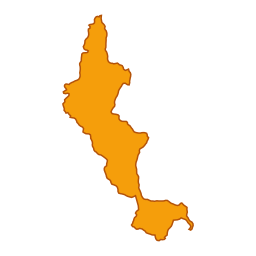 the district of Couto de Magalhães de Minas, Minas Gerais, Brazil
{"feature_id": "56859067B29184273351224", "entity_name": "Couto de Magalhães de Minas", "entity_type": "district", "adm_level": 2, "iso_a3": "BRA", "parent_name": "Brazil", "parent_adm1": "Minas Gerais", "projection": "mercator", "projection_center": [-43.424, -18.078], "detail": "fine", "context": "isolated", "style": "filled", "palette": "amber", "viewbox_px": 256, "rotation_deg": 0, "n_neighbors": 0, "source": "geoboundaries", "source_scale": "gbopen_adm2", "svg_char_len": 4736}
<svg xmlns="http://www.w3.org/2000/svg" viewBox="0 0 256 256"><path d="M128.5,69.1L127.0,69.8L125.3,70.4L123.6,69.2L123.2,67.4L122.2,65.7L120.8,65.1L119.4,64.8L118.4,63.8L117.4,63.1L115.5,63.5L113.7,63.8L112.4,63.3L111.1,63.3L109.7,62.7L108.5,61.7L107.7,60.0L107.5,58.2L107.7,56.7L107.5,55.1L107.1,53.5L106.5,51.8L105.5,50.5L105.2,49.0L105.8,47.6L105.9,45.6L105.9,43.6L106.0,41.9L106.1,40.2L106.1,37.9L106.8,35.9L106.9,33.9L106.7,32.5L106.2,30.9L105.2,29.7L104.6,28.3L105.1,26.5L104.4,25.1L103.2,23.7L101.9,22.5L101.5,20.6L101.1,18.3L101.4,15.4L99.9,15.7L99.1,16.9L97.9,16.4L96.3,16.7L95.0,18.2L94.4,19.8L94.6,21.1L94.4,23.0L93.2,23.9L91.7,24.3L90.0,24.5L88.9,25.2L90.1,26.6L90.0,28.1L88.4,29.1L88.3,30.9L88.6,32.6L88.7,34.6L88.3,36.4L87.3,37.9L86.0,39.1L85.0,40.6L84.9,42.3L84.7,43.6L84.2,45.0L83.3,46.7L84.1,48.9L85.4,49.9L86.9,50.1L88.3,50.9L87.6,52.4L86.2,52.7L84.7,52.8L83.1,52.9L81.8,54.1L81.7,55.5L81.4,57.7L81.3,59.5L81.3,60.9L80.6,62.0L79.7,63.4L79.7,64.8L80.2,66.7L80.3,69.1L80.1,71.0L79.8,72.8L80.1,74.7L80.1,76.3L79.6,77.9L78.7,79.3L77.2,80.2L75.1,80.9L73.3,81.9L71.8,82.5L70.1,83.4L69.1,84.5L67.6,84.2L66.0,84.0L64.9,84.7L64.4,86.0L65.0,87.5L66.0,88.5L66.6,89.8L64.9,90.8L63.3,91.9L63.7,93.2L65.5,93.7L67.7,93.2L69.1,93.9L68.9,95.6L67.7,96.8L66.0,98.3L64.6,99.8L64.9,101.8L63.8,103.0L62.9,103.9L63.3,105.8L63.8,107.1L64.3,108.7L64.1,110.4L65.3,111.7L66.0,113.1L67.8,112.6L69.1,114.4L70.6,115.8L70.1,117.3L72.0,117.7L74.1,118.0L75.5,118.9L76.5,120.7L77.0,122.4L78.1,123.5L79.2,125.1L80.7,126.2L82.6,127.1L83.6,128.7L83.2,130.5L83.0,132.0L84.2,132.8L85.9,133.7L87.5,133.8L88.9,133.9L90.4,134.8L90.7,136.7L90.7,138.3L91.5,139.9L92.3,141.7L92.5,143.4L92.3,144.7L92.5,146.2L93.6,148.2L94.0,150.1L95.1,151.5L96.3,152.1L97.5,153.6L99.0,154.6L100.8,154.9L102.7,156.1L103.9,157.0L105.1,157.9L106.4,159.0L107.4,160.2L107.2,161.9L106.7,163.6L106.6,165.8L105.0,166.9L104.3,168.2L104.3,170.0L104.9,171.7L105.6,173.5L106.2,175.1L106.4,176.3L107.0,178.0L108.3,179.1L109.7,179.8L110.7,181.2L111.0,182.6L111.9,184.2L114.1,184.9L115.9,185.7L116.9,186.6L117.5,187.7L118.0,189.5L118.0,191.4L118.7,193.1L120.3,193.6L122.0,193.9L124.5,194.6L126.0,195.5L127.6,196.3L129.6,196.9L131.6,197.4L133.0,196.9L134.3,196.3L135.5,195.7L138.3,205.7L138.6,209.7L137.5,210.5L136.4,211.5L135.5,213.1L136.7,214.9L136.1,216.4L134.6,217.6L134.0,219.0L133.6,220.6L133.0,221.8L132.6,223.4L131.5,225.0L132.6,226.6L133.8,226.8L135.1,228.0L136.3,229.1L137.9,229.1L139.7,228.4L142.2,229.0L143.6,230.1L145.0,231.0L146.3,232.8L148.7,233.7L150.4,234.2L152.1,234.9L153.8,235.0L155.0,235.1L155.3,237.0L155.8,238.7L156.8,240.1L158.1,240.6L159.3,240.6L160.6,239.5L162.5,239.7L164.3,239.4L165.3,238.4L164.5,237.4L165.6,236.2L167.1,235.1L167.3,232.7L167.8,230.5L168.6,229.1L169.9,227.8L171.3,226.2L172.0,224.7L172.5,223.1L173.0,221.7L173.4,220.2L175.4,220.0L177.4,219.8L179.6,219.1L181.1,217.9L183.1,218.7L185.0,219.3L186.1,220.0L187.1,221.2L187.9,222.6L189.1,223.9L190.2,225.1L190.8,226.4L190.1,228.1L189.0,229.3L190.7,230.1L192.0,229.0L192.5,227.2L193.1,225.7L193.0,223.8L191.9,222.1L190.8,221.5L189.6,220.7L188.7,219.3L188.1,217.9L186.6,216.0L186.8,213.9L187.3,212.2L187.1,210.8L186.9,209.5L187.0,207.4L185.5,206.3L184.0,205.3L182.7,204.0L181.8,203.0L180.5,203.4L179.3,204.9L177.7,205.5L176.0,205.2L174.6,204.7L173.0,203.9L171.4,203.4L170.2,202.6L168.7,201.4L167.2,200.4L165.5,200.4L164.0,200.9L162.5,201.0L160.2,201.0L158.6,201.0L156.9,200.8L154.5,201.3L152.8,201.0L151.0,201.0L149.3,200.3L147.5,199.4L145.7,199.4L144.4,199.2L143.3,198.5L142.3,197.1L141.4,195.5L141.0,193.4L140.4,191.8L139.9,190.5L139.2,189.2L138.7,187.7L139.0,186.1L139.1,184.6L138.5,183.2L138.3,181.4L138.4,179.8L138.6,178.4L138.6,176.7L137.7,175.1L136.7,173.6L136.7,172.2L136.6,170.7L136.6,169.2L136.1,167.3L135.7,165.7L135.8,163.8L136.1,162.1L136.7,160.5L137.3,158.5L137.7,156.5L138.0,155.3L138.8,153.8L139.6,152.4L139.3,150.6L139.8,149.0L141.3,148.1L143.0,147.1L144.6,145.4L145.7,143.8L146.6,142.8L147.0,141.3L147.9,139.6L148.6,137.7L147.3,136.3L147.2,134.8L146.6,133.3L144.8,132.7L143.5,132.6L141.9,132.7L140.2,133.1L138.2,133.0L136.1,132.6L134.3,132.0L133.1,130.5L132.6,129.3L131.6,128.2L130.7,126.9L129.8,125.6L128.5,124.9L127.6,124.0L127.4,122.5L126.5,121.5L125.2,121.4L123.6,121.4L121.9,121.3L120.3,120.5L119.2,119.3L118.9,118.0L119.1,116.0L118.0,114.8L116.0,114.3L113.8,114.0L112.1,113.6L111.0,111.9L111.9,109.8L113.2,107.8L114.6,106.3L114.9,104.5L114.5,103.1L114.6,101.2L115.3,99.1L116.0,97.5L117.1,95.9L117.9,93.9L118.3,92.4L118.6,90.7L119.5,89.0L120.7,87.2L121.5,86.1L122.0,85.0L123.2,83.4L125.1,83.2L126.3,83.9L127.5,84.7L129.1,84.9L129.7,82.7L129.6,81.1L129.9,79.7L130.2,78.0L130.6,76.4L130.8,74.3L130.3,72.7L129.1,71.3L128.5,69.1Z" fill="#f59e0b" stroke="#b45309" stroke-width="1.5"/></svg>